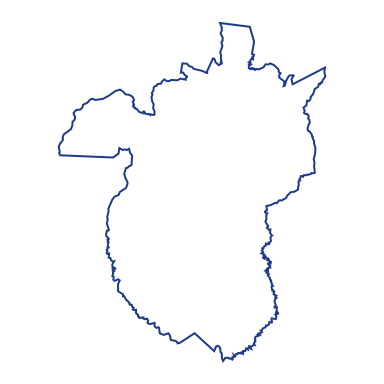 outline of Cáceres, Mato Grosso, Brazil
{"feature_id": "56859067B84313432178325", "entity_name": "Cáceres", "entity_type": "district", "adm_level": 2, "iso_a3": "BRA", "parent_name": "Brazil", "parent_adm1": "Mato Grosso", "projection": "mercator", "projection_center": [-57.734, -16.54], "detail": "fine", "context": "isolated", "style": "outline", "palette": "blue", "viewbox_px": 384, "rotation_deg": 0, "n_neighbors": 0, "source": "geoboundaries", "source_scale": "gbopen_adm2", "svg_char_len": 5981}
<svg xmlns="http://www.w3.org/2000/svg" viewBox="0 0 384 384"><path d="M223.1,361.0L225.3,357.8L228.3,357.8L229.3,358.7L230.6,358.3L232.3,359.6L232.8,358.9L232.6,357.1L234.5,356.7L233.9,355.1L235.2,356.2L236.0,354.1L237.6,354.0L238.2,352.9L241.1,353.4L240.5,352.8L242.4,352.0L243.1,352.9L243.1,351.1L245.2,351.0L246.1,348.5L247.8,349.5L247.6,348.4L248.9,347.1L249.8,347.2L250.1,348.4L251.0,348.8L249.7,346.3L251.3,346.7L253.5,345.0L254.7,345.1L253.8,343.5L255.4,341.5L254.8,340.7L255.4,339.6L254.9,338.0L255.8,336.6L258.4,336.0L258.6,335.4L257.5,334.6L258.2,333.5L258.9,333.4L258.7,334.3L260.1,334.7L259.6,333.4L262.0,332.2L260.9,330.7L261.7,330.7L262.8,328.5L265.6,327.2L266.0,325.4L267.1,325.7L268.9,324.5L269.3,322.1L271.7,322.6L272.2,321.6L271.5,320.5L271.6,318.3L275.8,319.1L276.4,316.9L275.4,314.7L278.1,313.8L278.1,313.2L275.9,312.7L276.1,312.1L277.4,312.1L276.6,310.9L276.9,307.2L274.6,307.6L274.5,307.0L275.8,305.2L274.5,301.4L275.1,299.2L276.5,297.9L275.2,297.1L276.4,295.7L273.6,294.3L274.2,293.0L273.5,292.2L274.2,291.5L273.2,290.2L272.2,290.3L271.6,286.8L272.9,285.8L271.9,285.1L271.9,283.2L270.9,282.1L271.2,280.4L270.0,279.6L270.0,278.1L267.7,275.2L268.9,274.2L268.0,272.7L268.0,271.1L266.2,273.4L266.7,270.5L265.7,270.5L268.0,268.0L270.0,267.6L269.4,267.0L270.2,265.5L268.4,264.6L268.1,263.7L270.6,263.4L271.0,262.0L270.4,261.6L270.6,262.6L269.6,262.8L269.2,260.7L267.5,260.2L268.6,259.0L268.2,258.5L267.1,258.8L266.2,257.3L265.6,257.2L264.7,258.8L263.5,258.3L263.2,257.9L265.0,257.2L265.1,255.9L264.8,255.2L264.1,255.4L263.7,256.9L263.5,253.8L261.5,253.4L263.1,252.0L261.8,250.6L262.8,249.3L262.3,248.3L263.5,248.1L264.0,246.4L265.7,245.7L265.9,243.6L267.5,244.3L269.1,244.0L268.7,242.9L269.4,243.1L271.0,240.8L270.4,237.7L271.4,235.7L272.1,235.5L270.0,232.9L270.4,229.5L268.9,229.8L266.9,227.7L268.3,226.3L265.4,221.8L266.5,218.7L266.2,215.7L267.3,213.3L265.3,212.7L265.0,211.5L267.0,210.2L266.4,206.1L271.4,204.8L275.2,202.8L276.8,203.2L279.1,200.4L281.7,200.4L286.1,198.0L287.1,195.8L290.6,192.3L294.6,191.6L298.1,189.5L298.1,186.7L298.8,185.3L298.5,181.5L300.1,180.6L299.3,179.3L300.7,177.4L300.7,176.2L302.1,176.0L303.1,176.7L304.0,175.1L306.5,175.2L307.2,174.5L308.4,174.8L311.3,173.7L311.5,173.0L313.5,173.3L314.9,172.7L314.1,166.2L314.5,162.7L313.7,159.1L315.2,153.5L315.4,147.9L314.0,143.1L314.1,140.8L312.7,138.7L312.9,137.1L312.0,136.3L311.9,134.6L309.2,131.1L308.2,130.9L307.5,129.1L308.5,124.8L309.8,122.9L309.5,120.1L308.2,118.6L308.7,115.9L307.2,113.9L306.5,114.3L304.4,113.3L304.0,112.6L304.7,111.1L303.5,107.6L306.4,105.4L307.1,100.7L308.9,101.1L310.7,98.6L310.6,97.0L313.2,94.0L314.7,89.0L318.2,86.7L318.8,84.0L320.1,84.2L320.6,82.6L321.9,82.7L322.6,80.4L325.3,76.5L324.3,71.5L325.0,67.6L292.6,84.3L291.5,79.2L293.6,75.7L292.3,75.2L289.6,75.5L288.4,76.5L286.0,81.2L284.8,85.6L283.7,86.1L284.6,81.6L279.3,77.6L279.1,75.6L280.5,73.2L279.0,72.3L278.3,69.1L274.0,65.1L270.1,63.4L268.4,64.5L265.7,64.3L263.4,67.3L258.7,69.5L257.1,68.9L255.4,69.6L254.9,69.0L254.5,69.7L252.4,68.0L251.7,68.1L251.9,69.0L250.6,69.1L248.8,68.2L248.9,66.1L250.9,64.5L249.2,64.2L250.3,62.9L248.9,62.3L250.2,61.4L250.3,60.3L251.6,58.7L253.0,59.4L253.1,57.5L252.5,57.0L253.6,56.1L254.0,54.7L252.4,54.4L252.0,53.7L254.1,41.7L249.8,26.8L220.0,23.0L221.7,27.2L221.8,30.6L220.6,33.3L222.7,37.8L222.6,40.7L221.4,42.1L222.4,46.0L220.2,52.4L221.1,55.8L220.9,60.1L221.5,61.0L220.7,62.5L221.9,63.1L221.7,63.6L218.8,65.1L215.6,62.3L214.5,59.1L213.0,58.4L207.1,71.2L207.2,73.0L206.7,73.0L202.4,70.9L193.9,68.9L191.7,66.8L189.1,66.1L187.0,63.7L182.4,63.4L180.9,72.7L183.2,72.6L184.7,75.1L186.9,76.3L186.9,77.3L185.6,78.3L185.7,79.7L180.5,78.6L177.2,80.3L171.3,79.9L169.7,81.0L166.9,81.2L164.3,79.4L162.1,81.4L161.1,83.6L157.5,84.0L156.7,85.7L154.7,86.3L153.8,87.3L153.5,90.0L151.8,93.2L152.5,94.7L151.5,97.1L152.2,101.4L153.7,104.4L153.1,108.1L154.5,111.4L154.6,114.3L154.0,115.0L150.4,114.3L150.3,115.0L148.7,113.9L148.0,114.3L145.5,113.6L144.9,112.7L144.3,113.2L144.2,111.6L143.7,111.4L142.0,113.0L139.1,111.8L136.9,109.1L135.5,108.7L135.3,107.8L134.3,107.7L133.2,106.4L133.8,106.2L133.5,104.7L134.0,104.5L132.7,101.8L134.1,100.2L132.7,96.9L129.5,94.9L125.5,94.3L123.1,91.6L120.0,89.6L115.1,91.2L108.7,95.8L103.1,98.8L95.3,100.0L92.4,98.7L90.0,99.7L87.3,102.8L83.1,104.7L82.3,107.7L80.3,109.6L76.3,110.0L73.7,112.7L73.9,114.7L75.0,116.5L75.0,118.7L74.0,120.6L72.5,121.8L72.4,125.2L71.0,129.1L63.8,134.4L62.6,137.7L63.0,139.3L62.4,140.8L60.4,143.0L58.7,146.7L59.8,152.0L59.1,153.1L60.2,155.3L113.1,157.5L118.5,153.7L119.4,148.1L122.8,150.0L124.6,149.4L126.8,150.0L129.1,148.8L130.0,152.8L132.1,155.4L131.5,165.1L128.9,166.3L127.5,167.8L126.0,168.0L124.2,173.9L125.5,178.2L127.4,181.8L127.5,183.7L126.0,188.0L119.8,192.0L118.6,195.0L114.5,196.7L112.3,199.6L108.3,208.9L108.6,211.2L107.2,217.2L107.7,219.6L106.8,223.5L108.9,229.7L108.2,230.7L106.9,230.6L106.1,234.3L106.3,236.2L108.4,238.1L107.6,239.5L108.5,239.6L107.8,240.9L108.5,241.9L107.8,242.6L108.3,243.3L107.5,247.1L108.6,247.4L106.7,249.9L107.4,251.2L106.6,252.9L107.4,253.9L109.1,253.5L108.7,257.7L110.4,258.0L111.0,260.2L113.0,261.6L114.1,261.3L112.3,264.4L112.5,267.3L114.6,267.7L115.2,268.6L112.6,269.1L112.7,270.3L114.3,270.8L114.3,271.3L112.9,272.2L113.1,274.1L112.3,275.9L113.8,277.0L113.3,279.4L113.9,280.5L114.8,280.8L118.1,279.3L119.7,280.4L118.0,284.4L118.1,291.3L122.9,294.2L123.0,296.3L124.1,296.1L125.9,299.4L129.6,302.9L129.3,303.8L129.8,304.7L131.7,304.8L132.2,306.8L133.7,307.8L132.8,309.5L133.9,310.1L136.0,309.8L136.1,313.5L138.0,314.6L138.0,316.4L139.1,317.0L139.3,318.0L143.4,317.4L143.3,318.5L144.8,319.2L147.0,318.6L148.2,320.6L147.4,322.8L149.6,324.1L154.6,322.9L154.5,325.7L155.3,327.2L156.5,327.9L157.9,327.2L159.0,327.7L159.8,333.4L163.8,334.9L168.3,333.3L169.9,335.4L170.8,339.9L175.7,341.0L177.2,342.0L177.6,343.4L180.1,342.7L194.6,333.2L214.2,351.1L216.0,346.7L217.8,345.7L219.2,346.7L220.0,347.8L220.6,352.1L221.7,353.2L222.0,358.5L223.1,361.0Z" fill="none" stroke="#1e3a8a" stroke-width="2"/></svg>